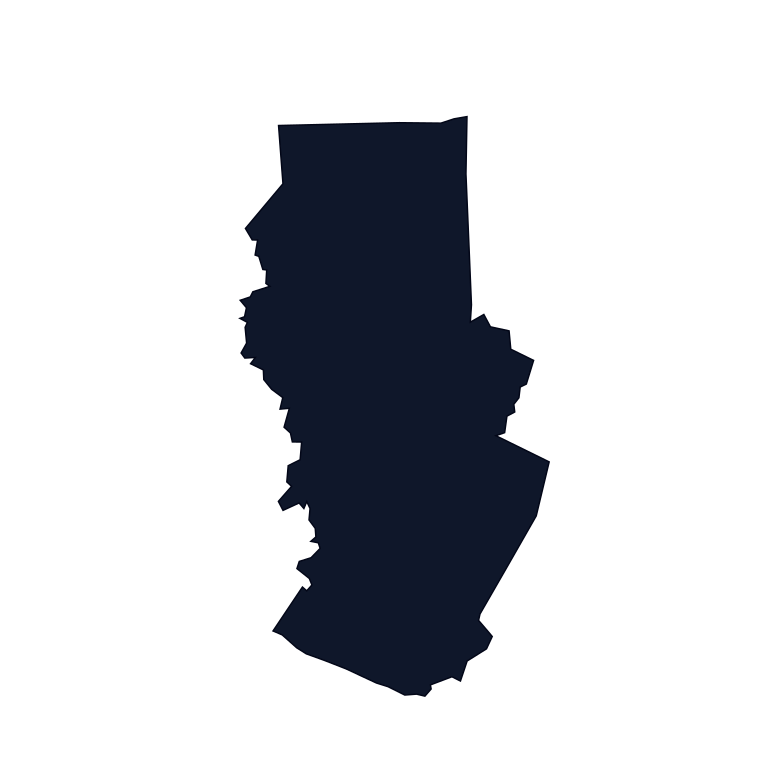 the district of Talofofo, Guam, rotated 115°
{"feature_id": "77769853B17205204900927", "entity_name": "Talofofo", "entity_type": "district", "adm_level": 2, "iso_a3": "GUM", "parent_name": "Guam", "parent_adm1": "", "projection": "orthographic", "projection_center": [144.734, 13.336], "detail": "fine", "context": "isolated", "style": "filled", "palette": "ink", "viewbox_px": 768, "rotation_deg": 115, "n_neighbors": 0, "source": "geoboundaries", "source_scale": "gbopen_adm2", "svg_char_len": 1407}
<svg xmlns="http://www.w3.org/2000/svg" viewBox="0 0 768 768"><g transform="rotate(115 384 384)"><path d="M106.6,421.8L114.1,432.6L123.5,442.6L140.7,480.5L194.3,588.8L245.2,560.2L301.6,575.3L309.1,564.3L306.9,559.4L321.6,555.3L321.2,551.4L331.4,542.2L330.2,538.5L342.8,533.5L343.7,528.7L355.8,541.8L361.6,542.0L368.9,549.7L373.0,540.9L382.0,538.8L385.4,542.3L385.9,533.8L391.3,533.8L405.0,525.8L416.3,526.6L419.3,521.1L414.3,511.8L422.0,513.5L422.2,499.3L430.8,494.8L436.3,483.5L439.1,470.0L450.7,467.6L446.0,459.5L465.4,456.3L467.9,448.1L475.2,442.6L471.4,434.1L488.1,428.0L498.5,436.3L513.8,430.7L515.8,424.5L535.0,430.1L541.2,422.1L527.7,410.7L530.7,404.0L523.2,404.3L528.1,398.4L538.9,394.5L543.9,385.3L551.4,381.1L557.5,383.8L555.7,376.4L560.0,372.4L572.3,376.7L580.6,385.8L588.1,384.9L591.8,369.5L596.6,364.4L604.1,366.6L602.5,372.1L654.7,380.2L654.4,370.2L660.0,351.5L660.1,350.5L661.4,340.4L659.7,321.6L658.2,298.2L658.2,264.5L656.6,252.4L657.1,233.7L651.3,223.4L649.6,215.0L640.5,212.4L637.1,214.8L620.6,198.7L620.9,189.2L599.9,191.6L580.7,179.2L567.1,179.2L564.1,185.6L558.3,198.4L551.9,199.8L499.5,195.3L439.2,190.3L384.8,201.4L383.6,260.8L377.1,254.1L361.2,259.0L354.1,253.7L347.5,257.8L339.5,255.9L329.2,259.3L323.9,255.0L299.4,258.4L298.9,283.8L283.0,293.1L287.2,311.7L278.8,322.9L291.5,331.9L275.3,338.2L159.0,398.5L106.6,421.8Z" fill="#0f172a" stroke="#020617" stroke-width="1.5"/></g></svg>